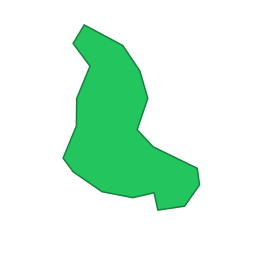 the state/province of Swieqi, rotated 31°
{"feature_id": "MLT-5933", "entity_name": "Swieqi", "entity_type": "state/province", "adm_level": 1, "iso_a3": "MLT", "parent_name": "Malta", "parent_adm1": "", "projection": "natural_earth1", "projection_center": [14.47, 35.92], "detail": "fine", "context": "isolated", "style": "filled", "palette": "green", "viewbox_px": 256, "rotation_deg": 31, "n_neighbors": 0, "source": "natural_earth", "source_scale": "10m", "svg_char_len": 395}
<svg xmlns="http://www.w3.org/2000/svg" viewBox="0 0 256 256"><g transform="rotate(31 128 128)"><path d="M37.4,62.2L81.0,60.0L108.8,73.0L129.7,92.4L136.7,124.8L159.4,131.2L208.1,126.9L218.6,139.9L216.8,165.8L195.9,183.0L183.7,170.1L168.1,185.2L138.5,196.0L103.6,193.8L87.9,187.3L82.7,152.8L68.8,129.1L63.6,94.6L37.4,83.8L37.4,62.2Z" fill="#22c55e" stroke="#15803d" stroke-width="1.5"/></g></svg>